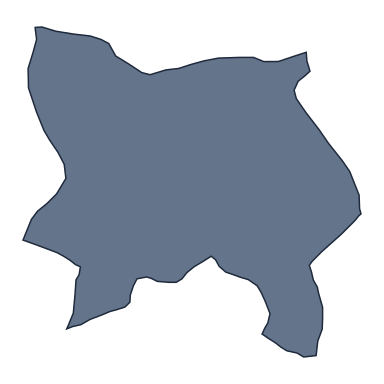 Upplands Väsby, Stockholm, Sweden (Albers equal-area conic projection)
{"feature_id": "70781695B23311697219676", "entity_name": "Upplands Väsby", "entity_type": "district", "adm_level": 2, "iso_a3": "SWE", "parent_name": "Sweden", "parent_adm1": "Stockholm", "projection": "albers", "projection_center": [17.909, 59.524], "detail": "fine", "context": "isolated", "style": "filled", "palette": "slate", "viewbox_px": 384, "rotation_deg": 0, "n_neighbors": 0, "source": "geoboundaries", "source_scale": "gbopen_adm2", "svg_char_len": 1514}
<svg xmlns="http://www.w3.org/2000/svg" viewBox="0 0 384 384"><path d="M23.0,240.1L34.5,244.2L57.0,252.6L63.6,256.2L69.8,260.1L75.5,264.6L80.4,266.8L79.1,274.7L76.0,280.0L75.1,293.7L73.3,313.2L68.4,325.1L66.7,328.9L72.8,326.5L80.8,324.7L90.1,319.4L102.9,314.5L110.0,311.5L116.6,309.7L125.0,307.0L129.9,302.2L130.3,295.1L133.4,285.8L137.0,278.8L146.7,277.0L151.1,278.3L157.3,281.4L168.8,282.3L176.3,282.3L182.0,278.8L186.9,272.6L194.0,266.8L205.0,260.2L211.2,256.2L215.6,259.8L219.2,266.4L225.8,272.1L231.1,273.9L240.8,277.4L248.3,279.6L257.2,285.8L261.2,292.5L265.6,302.2L270.0,313.7L267.8,323.0L264.7,328.3L262.1,334.0L267.8,338.0L275.4,342.8L281.1,347.3L286.9,350.8L297.0,353.0L303.7,357.0L315.9,355.6L316.1,355.6L317.8,341.0L322.2,329.1L322.6,318.9L322.6,307.4L318.6,293.3L317.3,287.1L313.3,280.0L311.5,272.1L309.3,265.4L312.0,261.5L321.7,251.7L341.5,234.0L355.2,220.3L358.3,216.3L361.0,213.9L359.6,208.8L359.1,195.1L349.8,171.7L342.3,160.7L328.6,143.5L318.9,129.4L306.0,112.7L296.3,98.6L294.1,90.2L298.1,81.3L304.7,76.0L310.0,71.2L306.9,61.0L306.2,52.3L296.9,55.3L278.3,61.5L263.8,61.6L253.5,57.4L239.7,57.4L218.3,58.1L203.9,60.9L191.5,64.3L178.4,68.5L166.0,69.9L150.1,74.7L141.8,72.6L128.1,63.6L115.7,56.0L108.8,43.6L101.2,39.5L90.2,36.0L73.0,34.0L55.7,31.2L42.0,27.0L35.2,27.4L35.2,28.4L36.6,39.4L33.0,52.6L28.1,68.5L28.5,87.9L36.4,111.7L43.9,130.3L49.6,140.0L58.0,152.4L64.2,164.3L65.9,178.4L56.6,193.9L46.9,203.6L37.6,211.1L31.4,219.4L23.0,240.1Z" fill="#64748b" stroke="#1e293b" stroke-width="1.5"/></svg>